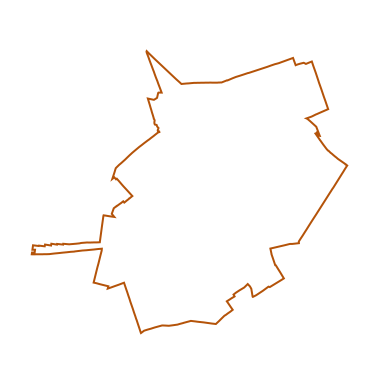 the district of Banloc, Timis, Romania, rotated 8°
{"feature_id": "2599482B62970026017365", "entity_name": "Banloc", "entity_type": "district", "adm_level": 2, "iso_a3": "ROU", "parent_name": "Romania", "parent_adm1": "Timis", "projection": "orthographic", "projection_center": [21.113, 45.364], "detail": "fine", "context": "isolated", "style": "outline", "palette": "amber", "viewbox_px": 384, "rotation_deg": 8, "n_neighbors": 0, "source": "geoboundaries", "source_scale": "gbopen_adm2", "svg_char_len": 4976}
<svg xmlns="http://www.w3.org/2000/svg" viewBox="0 0 384 384"><g transform="rotate(8 192 192)"><path d="M335.9,157.8L337.9,153.3L339.0,150.9L340.1,148.3L342.0,144.2L340.5,143.5L340.6,143.3L331.9,138.9L331.4,138.6L330.1,137.7L329.3,137.3L326.9,135.8L325.1,134.6L323.8,133.9L321.5,132.2L321.3,132.2L321.0,132.1L320.7,131.9L320.1,131.3L319.7,131.1L315.2,126.6L311.9,123.1L311.5,122.8L311.2,122.4L306.1,116.9L306.6,116.6L306.8,116.5L307.1,116.4L307.3,116.0L307.4,115.8L307.4,115.5L307.6,115.3L308.0,115.4L308.3,115.7L308.4,116.1L308.5,116.5L308.5,116.9L308.5,117.2L308.5,117.4L308.5,117.5L308.6,117.8L308.8,118.0L309.2,118.4L309.7,118.5L310.3,118.6L310.7,118.6L309.9,117.2L306.3,110.7L306.0,110.1L299.1,105.4L296.1,103.5L295.1,103.2L299.9,100.7L301.1,99.9L304.0,97.9L304.6,97.6L307.8,95.6L315.3,91.0L311.1,82.7L309.3,79.3L305.7,72.1L302.4,65.8L301.9,64.7L298.1,57.0L296.8,54.5L294.7,50.5L294.3,49.7L292.5,46.1L290.4,47.3L287.0,49.3L284.7,48.5L281.2,49.9L278.8,51.0L277.0,52.0L273.4,45.2L264.2,50.1L262.1,51.2L260.1,52.3L259.8,52.4L259.4,52.6L258.0,53.2L256.3,53.9L253.1,55.5L252.9,55.6L249.3,57.5L242.6,60.8L236.7,63.7L231.4,66.3L230.9,66.4L226.7,68.5L222.8,70.4L219.8,71.8L219.4,72.0L216.4,73.7L211.6,76.6L211.2,76.5L206.1,79.4L203.1,79.9L201.9,80.2L194.5,81.2L186.1,82.5L178.6,83.7L172.7,85.1L172.4,85.1L166.5,86.5L164.2,84.9L160.6,82.5L154.8,78.4L143.8,70.6L136.3,65.3L133.3,63.1L130.4,61.0L127.5,58.8L127.4,59.2L127.5,59.6L127.9,60.6L129.8,64.0L130.7,65.7L131.1,66.5L131.8,67.8L133.2,70.4L134.1,72.0L135.5,74.6L136.7,76.8L137.4,78.0L138.4,80.0L140.2,83.4L141.9,86.4L142.0,86.5L143.6,89.6L145.6,93.2L148.1,97.8L145.0,98.2L144.7,98.7L144.3,103.6L143.1,104.7L141.5,106.0L140.9,106.0L139.5,105.9L135.3,105.6L136.7,108.7L138.1,111.7L139.3,114.4L140.3,116.5L141.2,118.6L142.6,121.5L143.5,123.5L143.7,123.9L144.0,124.9L144.2,125.0L144.4,125.2L144.7,125.6L144.8,125.9L145.0,126.4L145.1,126.7L145.0,127.5L145.1,128.7L145.2,129.0L145.3,129.5L145.6,130.0L145.9,130.4L147.6,130.5L148.4,132.0L148.9,132.5L149.9,133.3L149.8,134.2L149.6,134.7L149.5,135.3L149.5,135.8L149.6,136.2L149.8,136.5L150.0,136.6L150.8,136.5L151.1,136.6L151.3,137.2L151.0,137.3L150.2,137.7L149.6,138.3L147.3,140.7L146.2,141.9L145.0,143.1L143.8,144.3L142.4,145.8L141.1,147.0L139.1,149.0L137.8,150.3L135.7,152.5L133.5,154.7L128.9,159.8L127.3,161.6L125.0,164.4L123.2,166.7L121.2,169.3L119.0,171.9L118.0,173.1L117.2,174.0L116.1,175.2L115.1,176.5L113.8,178.2L113.6,178.5L113.2,179.0L112.9,180.7L112.6,182.8L112.0,186.2L111.3,190.1L113.0,188.3L115.0,190.0L115.7,189.3L117.8,191.1L119.3,192.4L121.2,194.1L123.4,196.0L125.5,197.7L133.0,203.9L133.5,204.3L131.1,206.9L130.9,207.0L130.7,207.1L130.5,207.4L130.4,207.7L129.4,208.7L129.1,209.1L128.8,209.3L128.7,209.4L128.4,209.7L128.2,210.0L127.9,210.3L127.1,211.2L126.4,211.9L125.2,210.8L123.0,213.1L122.4,213.6L119.3,216.6L119.2,216.5L116.8,219.0L115.6,224.8L118.5,227.5L117.5,227.5L113.5,227.5L109.8,227.4L109.2,227.4L108.5,227.4L107.8,227.4L107.7,227.4L107.6,228.0L107.6,231.4L107.6,238.1L107.7,254.6L105.6,255.0L100.5,255.8L97.8,256.3L95.1,256.6L89.3,257.9L87.8,258.5L84.2,259.4L77.6,260.9L71.7,261.2L71.7,262.0L65.6,262.2L65.6,262.9L59.9,262.8L59.9,264.6L53.8,264.5L53.7,266.3L47.9,266.4L47.8,266.8L42.0,266.9L42.0,271.4L44.6,271.0L44.6,273.9L42.0,274.2L42.0,276.0L42.8,275.9L46.2,275.4L49.6,274.9L52.9,274.4L56.2,273.9L59.2,273.4L64.1,272.1L68.3,271.1L72.6,270.0L76.4,269.1L80.3,268.1L83.7,267.4L84.1,267.2L87.1,266.4L91.6,265.2L95.4,264.4L99.1,263.5L102.9,262.6L106.7,261.6L110.6,260.7L110.7,262.1L110.7,262.8L110.1,268.2L109.7,272.1L109.3,276.0L108.8,279.8L108.4,283.6L108.0,287.6L107.6,291.5L107.2,295.4L110.6,295.7L113.5,296.1L116.4,296.4L119.3,296.7L122.3,297.0L122.0,299.4L125.5,297.6L128.9,295.8L132.4,294.0L137.3,291.3L138.8,294.3L140.3,297.3L141.8,300.2L143.3,303.3L144.9,306.4L146.3,309.4L147.9,312.5L149.7,316.0L151.4,319.5L153.2,323.0L154.3,325.3L155.0,326.5L156.8,330.2L158.8,334.2L160.9,338.5L161.1,338.8L163.9,336.0L167.5,334.3L170.3,333.1L173.8,331.4L177.5,329.8L181.0,328.3L183.9,328.0L187.7,327.7L188.8,327.4L192.4,326.4L196.2,325.3L198.1,324.4L201.7,322.9L201.8,322.8L205.3,321.3L207.0,320.6L208.8,319.8L213.5,319.7L215.7,319.7L221.7,319.5L225.8,319.5L229.8,319.5L234.0,319.4L236.6,316.2L239.1,312.9L241.5,309.8L242.2,309.4L244.5,307.1L246.6,305.2L248.7,303.0L246.2,300.3L244.4,298.3L241.7,295.4L245.2,292.4L245.6,292.0L248.7,289.5L247.4,287.8L249.5,285.6L252.8,282.7L257.0,279.3L260.0,275.4L262.5,277.4L264.2,279.6L266.6,287.2L266.9,287.4L269.9,285.3L276.0,279.9L280.9,275.1L282.3,275.3L292.4,267.0L295.0,264.8L290.3,259.0L288.1,256.4L285.2,252.9L284.8,252.9L284.6,252.9L284.3,252.3L281.3,246.3L279.4,242.6L279.4,242.4L277.5,237.1L287.6,233.2L291.5,231.7L296.2,229.8L297.0,229.7L298.4,229.5L305.0,227.8L304.7,226.4L304.7,226.1L306.1,223.0L307.5,220.1L309.3,216.1L310.6,213.3L312.6,208.8L314.5,204.6L316.4,200.5L318.0,197.1L319.4,194.0L324.6,182.6L328.0,175.1L330.7,169.2L331.3,168.1L335.9,157.8Z" fill="none" stroke="#b45309" stroke-width="2"/></g></svg>